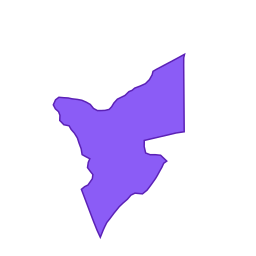 Pinheiral, Rio de Janeiro, Brazil (Albers equal-area conic projection), rotated 321°
{"feature_id": "56859067B78654716742693", "entity_name": "Pinheiral", "entity_type": "district", "adm_level": 2, "iso_a3": "BRA", "parent_name": "Brazil", "parent_adm1": "Rio de Janeiro", "projection": "albers", "projection_center": [-44.007, -22.538], "detail": "fine", "context": "isolated", "style": "filled", "palette": "violet", "viewbox_px": 256, "rotation_deg": 321, "n_neighbors": 0, "source": "geoboundaries", "source_scale": "gbopen_adm2", "svg_char_len": 1169}
<svg xmlns="http://www.w3.org/2000/svg" viewBox="0 0 256 256"><g transform="rotate(321 128 128)"><path d="M79.7,79.2L80.2,85.1L83.6,89.2L82.9,93.4L83.1,98.2L82.4,103.9L80.5,108.8L78.5,114.7L75.6,119.8L77.2,123.8L79.0,127.9L75.5,129.7L71.6,133.3L71.4,138.4L71.4,142.1L68.3,145.0L64.5,146.1L61.0,147.1L57.4,146.3L53.2,146.3L42.5,178.7L39.7,187.7L37.7,195.5L44.5,191.7L47.9,190.0L52.1,188.1L57.0,187.0L63.3,185.4L68.5,184.3L71.8,183.6L76.8,183.2L82.7,183.0L88.0,182.0L92.4,183.0L97.8,188.3L103.7,188.3L108.9,187.0L112.6,186.0L117.5,184.6L120.8,183.4L125.9,181.3L129.7,179.8L133.5,177.9L137.3,178.1L136.2,169.7L132.5,166.0L128.4,162.7L126.0,158.5L128.9,152.6L132.8,147.9L162.2,162.1L169.3,166.3L211.0,114.0L215.5,108.5L218.3,106.3L208.6,104.5L187.1,100.3L183.1,99.7L180.2,101.9L175.1,103.9L169.4,104.5L164.0,103.1L158.3,101.2L154.9,101.3L151.6,100.3L146.1,100.8L141.4,99.7L137.9,98.9L132.8,99.7L128.7,101.2L125.1,101.7L121.3,99.9L117.9,97.4L115.2,95.2L113.5,91.1L113.5,85.9L111.8,81.6L109.6,77.4L106.8,74.1L102.9,70.1L100.4,67.0L97.1,64.0L93.6,60.6L89.4,60.5L84.5,63.0L83.6,67.4L84.3,71.6L83.1,75.3L79.7,79.2Z" fill="#8b5cf6" stroke="#5b21b6" stroke-width="1.5"/></g></svg>